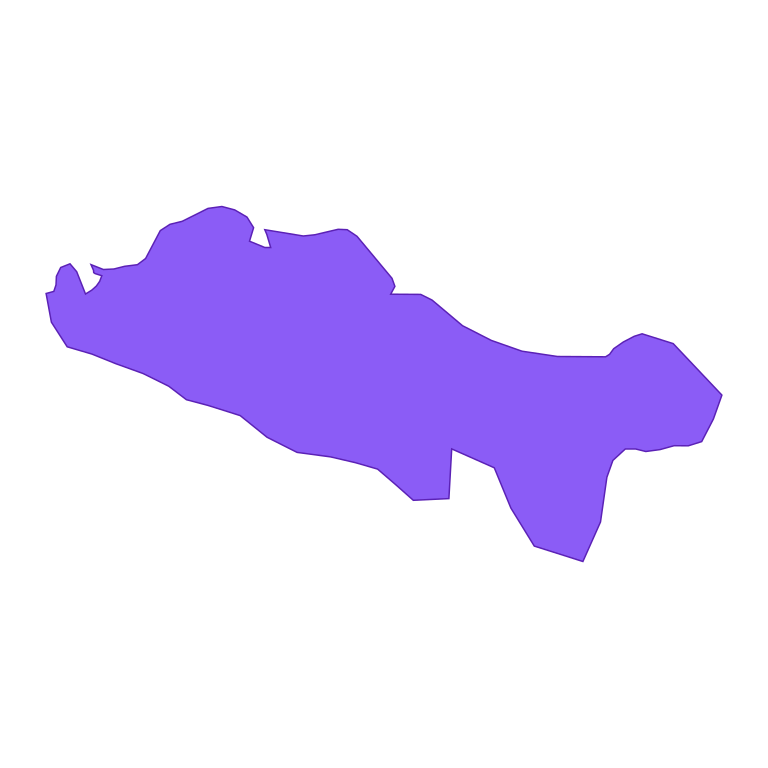 outline of Puerto Plata
{"feature_id": "DOM-1965", "entity_name": "Puerto Plata", "entity_type": "Province", "adm_level": 1, "iso_a3": "DOM", "parent_name": "Dominican Republic", "parent_adm1": "", "projection": "albers", "projection_center": [-70.865, 19.728], "detail": "fine", "context": "isolated", "style": "filled", "palette": "violet", "viewbox_px": 768, "rotation_deg": 0, "n_neighbors": 0, "source": "natural_earth", "source_scale": "10m", "svg_char_len": 1193}
<svg xmlns="http://www.w3.org/2000/svg" viewBox="0 0 768 768"><path d="M46.1,293.5L53.8,291.4L56.0,284.9L56.4,276.3L60.7,267.5L70.0,263.8L76.7,271.7L85.5,294.0L91.7,290.2L96.4,286.0L99.7,281.3L101.8,275.7L95.1,273.6L93.7,272.6L93.5,270.3L91.0,264.6L103.4,269.5L113.9,269.0L124.6,266.3L137.4,264.7L145.6,258.5L160.3,230.6L170.0,224.3L182.2,221.3L208.0,208.4L221.9,206.5L234.7,209.9L247.0,217.1L253.6,227.7L249.5,241.2L264.8,247.5L270.7,247.5L266.8,234.4L264.8,229.7L303.3,236.0L314.6,234.8L338.1,229.3L347.2,229.7L357.0,236.3L392.0,278.3L394.9,286.4L390.7,294.2L420.7,294.4L432.1,300.1L462.5,325.7L491.3,340.4L522.0,351.2L557.5,356.5L605.6,356.8L609.6,354.3L613.7,348.7L623.3,342.0L634.2,336.3L642.1,333.8L673.2,343.6L721.9,395.1L713.4,419.0L701.7,441.6L688.3,445.8L674.1,445.7L660.0,449.6L645.8,451.5L635.7,449.0L625.3,449.0L612.9,460.4L606.9,477.2L600.5,522.0L582.9,561.5L534.3,546.1L510.9,508.1L494.3,467.8L451.7,448.9L448.9,498.6L413.3,500.3L395.5,484.5L377.6,469.1L355.5,462.7L330.6,456.9L297.1,452.4L267.1,437.3L240.2,415.6L207.9,405.4L186.4,399.7L168.7,386.2L143.0,373.5L115.8,363.7L92.0,354.1L67.2,346.8L51.4,322.2L46.1,293.5Z" fill="#8b5cf6" stroke="#5b21b6" stroke-width="1.5"/></svg>